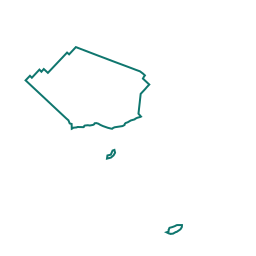 the district of Ventura, California, United States of America, rotated 313°
{"feature_id": "52423323B91201263130085", "entity_name": "Ventura", "entity_type": "district", "adm_level": 2, "iso_a3": "USA", "parent_name": "United States of America", "parent_adm1": "California", "projection": "albers", "projection_center": [-119.205, 34.058], "detail": "fine", "context": "isolated", "style": "outline", "palette": "teal", "viewbox_px": 256, "rotation_deg": 313, "n_neighbors": 0, "source": "geoboundaries", "source_scale": "gbopen_adm2", "svg_char_len": 1405}
<svg xmlns="http://www.w3.org/2000/svg" viewBox="0 0 256 256"><g transform="rotate(313 128 128)"><path d="M89.1,87.4L89.6,87.6L90.9,87.8L93.5,90.1L94.0,90.2L94.4,90.5L98.3,94.9L98.5,95.0L99.8,94.6L100.4,94.8L102.6,96.7L103.8,98.4L106.4,100.3L107.6,100.7L108.7,100.4L110.0,101.5L110.5,102.5L110.9,103.3L111.4,105.6L112.3,108.3L114.4,113.1L115.4,114.9L115.6,115.3L116.6,116.9L117.1,117.0L118.0,117.1L119.5,117.8L125.7,122.7L127.8,123.4L129.0,122.8L130.1,122.9L132.0,123.9L132.7,124.1L135.4,124.9L138.9,127.0L139.7,127.0L141.8,127.8L144.2,129.3L145.2,129.7L145.6,125.9L154.5,119.3L161.6,114.0L168.5,114.0L170.6,113.9L171.6,113.9L174.3,113.9L174.3,109.9L174.3,107.7L174.3,105.2L176.2,104.7L176.4,104.7L178.0,104.5L178.0,101.7L177.9,101.0L177.6,98.1L175.9,94.1L174.0,89.4L171.6,83.6L168.4,75.9L166.7,71.8L160.6,56.9L151.6,34.7L141.7,34.7L141.6,32.0L113.7,31.8L113.7,26.2L110.1,26.3L110.3,23.4L99.2,23.4L99.3,20.7L93.0,20.6L92.9,64.0L92.9,76.3L93.0,79.2L91.6,82.2L92.5,84.0L89.1,87.4ZM78.0,227.3L78.8,229.9L79.3,230.6L79.4,230.9L79.4,231.2L81.5,233.0L84.5,233.9L85.1,234.4L86.3,234.7L88.9,235.3L90.1,235.4L92.3,234.9L93.8,233.7L90.8,230.4L90.0,229.8L88.2,229.2L85.8,228.0L83.4,226.5L82.9,226.5L81.7,227.1L81.3,227.1L80.5,227.9L79.8,228.2L78.0,227.3ZM93.9,131.7L91.3,133.5L94.7,135.7L98.1,136.1L101.1,135.4L102.7,133.0L101.0,132.1L96.8,133.6L93.9,131.7Z" fill="none" stroke="#0f766e" stroke-width="2"/></g></svg>